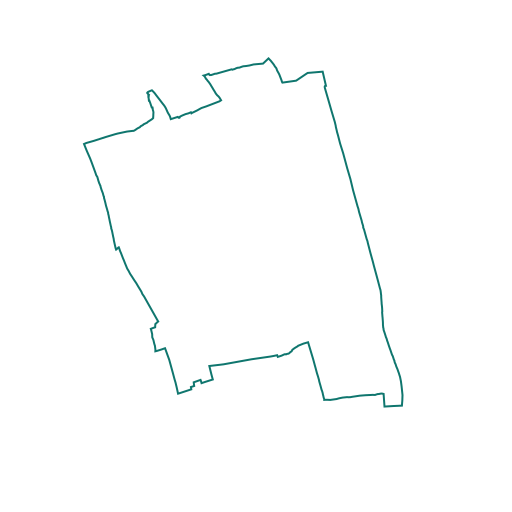 Brabova, Dolj, Romania, rotated 249°
{"feature_id": "2599482B55634760087825", "entity_name": "Brabova", "entity_type": "district", "adm_level": 2, "iso_a3": "ROU", "parent_name": "Romania", "parent_adm1": "Dolj", "projection": "natural_earth1", "projection_center": [23.43, 44.36], "detail": "fine", "context": "isolated", "style": "outline", "palette": "teal", "viewbox_px": 512, "rotation_deg": 249, "n_neighbors": 0, "source": "geoboundaries", "source_scale": "gbopen_adm2", "svg_char_len": 6100}
<svg xmlns="http://www.w3.org/2000/svg" viewBox="0 0 512 512"><g transform="rotate(249 256 256)"><path d="M404.2,384.3L408.4,369.8L407.8,367.1L405.3,356.3L408.4,342.8L409.0,342.7L409.9,342.7L410.8,342.8L411.7,342.8L413.4,342.8L415.2,342.8L417.2,342.8L418.9,342.6L420.8,342.3L422.0,342.2L422.6,342.2L423.5,342.3L424.3,342.2L426.4,341.5L426.7,341.5L427.4,341.4L428.7,341.1L431.3,340.3L431.8,340.1L432.9,339.8L434.5,339.1L435.8,338.6L436.0,338.5L433.1,331.5L435.7,322.4L436.2,318.2L436.9,314.9L437.7,312.0L437.8,310.4L437.8,308.7L437.8,308.1L438.3,306.4L438.4,305.0L438.2,302.9L438.4,301.5L438.4,300.7L439.0,300.1L439.4,295.8L440.0,289.1L440.4,284.5L440.9,282.8L440.9,281.6L441.0,279.1L441.2,278.8L441.2,278.6L441.3,278.1L441.4,277.8L441.6,277.6L441.9,277.4L442.3,277.3L443.0,277.2L443.0,273.8L443.2,271.8L442.1,272.4L440.4,272.7L439.6,272.7L438.6,273.2L437.0,273.6L435.4,274.2L433.8,274.6L432.6,274.9L430.7,275.2L428.6,275.6L426.7,275.9L424.2,276.4L422.1,276.7L419.9,277.4L418.4,278.2L416.8,278.7L413.9,279.2L413.5,277.4L413.5,267.9L413.5,263.1L413.7,258.1L413.4,255.9L413.0,253.2L412.8,250.9L412.5,247.3L412.4,246.9L413.2,246.9L413.5,246.8L413.4,244.0L413.7,241.1L413.6,237.6L413.4,235.3L413.2,234.6L412.8,234.5L412.5,234.1L412.6,233.8L412.8,233.3L413.3,233.0L413.9,232.8L414.3,225.5L415.6,225.6L416.6,225.7L417.3,225.7L418.4,225.6L421.1,225.1L422.2,225.0L426.1,224.8L427.5,224.6L429.4,224.2L431.9,223.4L436.7,222.0L439.0,221.3L442.0,220.4L444.2,219.8L446.0,219.1L448.0,218.2L448.0,217.2L447.9,214.4L447.8,213.8L447.7,213.5L447.5,213.3L447.2,213.3L447.1,212.9L446.7,213.0L445.4,213.5L444.7,213.9L444.1,214.2L444.6,213.5L443.9,213.2L444.1,212.9L443.0,212.5L442.9,212.6L439.4,211.7L439.3,212.1L437.1,212.1L432.0,211.9L431.7,212.6L430.7,212.4L429.7,212.1L428.8,212.0L428.2,212.0L427.2,211.8L426.5,211.6L425.7,211.2L424.3,210.6L423.3,210.2L422.4,209.7L421.7,209.5L421.6,209.4L421.0,207.9L420.0,203.2L419.5,202.0L419.3,199.3L419.2,198.2L418.9,197.7L418.7,196.8L418.5,195.0L418.2,194.3L417.9,193.8L417.8,193.3L417.8,192.8L417.7,192.3L417.7,191.7L417.5,190.8L417.4,190.1L417.2,189.4L417.0,188.9L416.7,186.9L416.7,186.6L417.0,185.7L418.4,180.2L419.9,170.8L420.2,168.0L420.4,165.3L420.9,158.8L421.6,146.1L422.3,138.2L422.2,135.6L421.4,135.6L415.0,135.7L406.4,136.1L402.3,136.1L395.9,136.0L390.8,135.9L388.8,135.8L387.6,136.0L386.7,136.2L382.5,135.8L381.5,135.8L380.7,135.7L379.2,135.8L378.1,135.8L377.1,135.9L376.3,135.7L373.1,135.5L371.4,135.5L369.4,135.5L367.8,135.3L366.3,135.2L365.7,135.3L364.6,134.9L363.0,134.8L362.1,134.7L359.5,134.4L356.7,134.0L352.8,133.7L351.0,133.5L350.3,133.5L349.6,133.5L348.3,133.1L347.0,133.0L346.4,132.9L345.8,132.8L345.0,132.6L343.5,132.4L340.6,131.9L336.0,131.2L334.7,131.1L334.2,130.9L333.6,130.7L333.1,130.7L332.7,130.7L332.3,130.7L330.6,130.5L325.3,129.6L323.1,129.3L321.5,128.9L315.5,128.0L313.2,127.7L312.1,127.7L312.2,128.1L312.9,129.7L313.3,130.8L313.3,131.0L311.3,131.0L309.9,130.9L308.7,130.9L307.4,131.0L303.9,131.0L301.6,131.0L299.3,131.1L297.8,131.1L296.2,131.1L292.7,131.2L291.4,131.2L290.0,131.3L288.0,131.7L284.4,132.1L281.3,132.8L279.3,133.2L276.9,133.7L274.8,134.2L273.5,134.5L269.8,135.1L265.5,135.9L263.8,136.2L261.1,136.3L258.4,137.0L229.9,141.2L229.8,140.8L228.5,137.6L225.6,136.3L225.7,134.0L225.7,131.7L224.4,131.6L220.5,131.1L219.8,130.9L217.8,130.2L217.1,130.0L215.5,130.1L214.2,130.1L210.7,129.6L209.4,129.5L208.6,129.5L204.5,128.5L203.1,127.9L202.9,129.4L202.6,134.3L202.5,138.0L200.6,138.0L196.2,137.9L190.2,137.8L176.0,136.4L170.4,135.8L166.6,135.5L162.0,134.9L155.4,133.9L154.7,147.8L157.0,148.3L156.8,151.7L158.1,152.0L160.4,152.6L160.2,159.8L158.8,159.8L156.8,159.6L156.7,162.8L156.2,171.4L161.2,171.9L170.0,173.0L169.5,175.1L167.5,182.9L166.5,186.9L161.2,214.8L157.0,233.3L156.4,236.4L155.8,240.2L154.0,240.2L153.8,244.2L154.0,246.8L154.0,247.2L153.9,248.0L153.6,248.4L153.5,248.5L153.4,248.7L153.4,249.0L153.5,249.4L153.4,250.4L153.3,250.8L153.2,251.2L153.3,252.1L153.5,252.6L153.8,253.1L153.9,253.4L154.1,254.2L154.2,254.9L154.6,255.5L155.4,256.3L155.5,256.6L155.7,257.4L156.1,258.7L156.4,260.2L156.7,262.0L156.8,262.6L157.1,263.1L157.2,268.9L156.8,273.7L140.7,272.5L138.3,272.3L132.5,271.7L130.3,271.5L124.7,270.9L122.9,270.8L121.2,270.7L117.9,270.4L116.2,270.1L112.9,269.8L111.7,269.7L107.8,269.3L107.1,269.3L106.1,269.3L104.0,269.1L103.0,268.9L102.4,268.8L101.2,268.7L100.1,268.5L97.4,268.3L97.2,268.2L96.9,269.2L96.2,271.1L95.6,272.4L95.0,273.8L94.3,276.9L93.6,279.9L93.4,282.4L92.8,286.0L91.6,290.5L91.0,291.7L90.4,293.5L90.1,295.2L89.7,297.0L88.4,302.9L86.7,308.6L85.4,312.5L84.6,315.0L83.6,317.4L83.6,318.6L83.5,320.1L83.1,321.3L83.0,322.1L82.8,323.2L82.5,324.2L81.5,325.7L69.4,322.0L66.8,330.2L64.0,338.6L65.7,339.4L68.4,340.7L73.6,342.9L78.0,344.1L82.1,345.2L87.1,346.4L91.3,347.1L92.2,347.2L92.9,347.2L95.5,347.4L96.7,347.4L99.8,347.5L102.0,347.4L103.1,347.4L104.0,347.5L104.9,347.5L105.7,347.5L106.1,347.4L106.9,347.4L107.9,347.5L108.7,347.7L110.0,347.6L113.5,347.8L115.0,347.6L115.4,347.6L120.1,347.8L121.6,347.8L124.7,347.9L126.5,348.0L128.3,348.1L129.1,348.1L130.0,348.1L130.8,348.2L131.9,348.3L132.6,348.3L133.7,348.2L134.5,348.3L137.6,348.5L140.0,348.6L140.5,348.6L140.8,348.6L141.4,348.7L142.2,348.9L142.9,349.1L143.6,349.1L144.2,349.3L146.1,349.8L147.7,350.4L149.5,351.0L151.2,351.5L153.2,352.1L154.0,352.3L155.0,352.6L156.0,352.9L157.7,353.4L158.3,353.6L158.9,353.9L159.1,354.1L160.2,354.4L161.3,354.8L163.3,355.4L165.2,355.9L166.1,356.1L167.6,356.6L171.3,357.7L172.9,358.2L174.2,358.7L175.9,359.1L177.8,359.6L178.7,359.8L179.6,360.0L181.2,360.1L186.8,360.7L188.5,360.9L194.3,361.5L205.1,362.6L208.4,363.0L217.7,363.9L228.3,365.1L229.4,365.3L230.5,365.4L232.2,365.4L239.4,366.1L241.5,366.3L242.2,366.4L242.7,366.3L244.3,366.3L244.9,366.6L246.0,366.8L249.4,367.0L251.1,367.3L260.1,368.0L263.5,368.5L266.0,368.6L282.7,370.2L293.9,371.7L305.2,372.6L320.7,374.2L330.5,374.8L332.4,375.0L339.3,375.8L342.9,376.1L344.0,376.3L347.9,376.8L349.1,377.1L352.9,377.6L364.7,378.5L376.1,379.5L388.0,380.5L389.2,380.7L389.7,381.0L390.0,381.4L390.1,381.8L389.9,382.3L404.2,384.3Z" fill="none" stroke="#0f766e" stroke-width="2"/></g></svg>